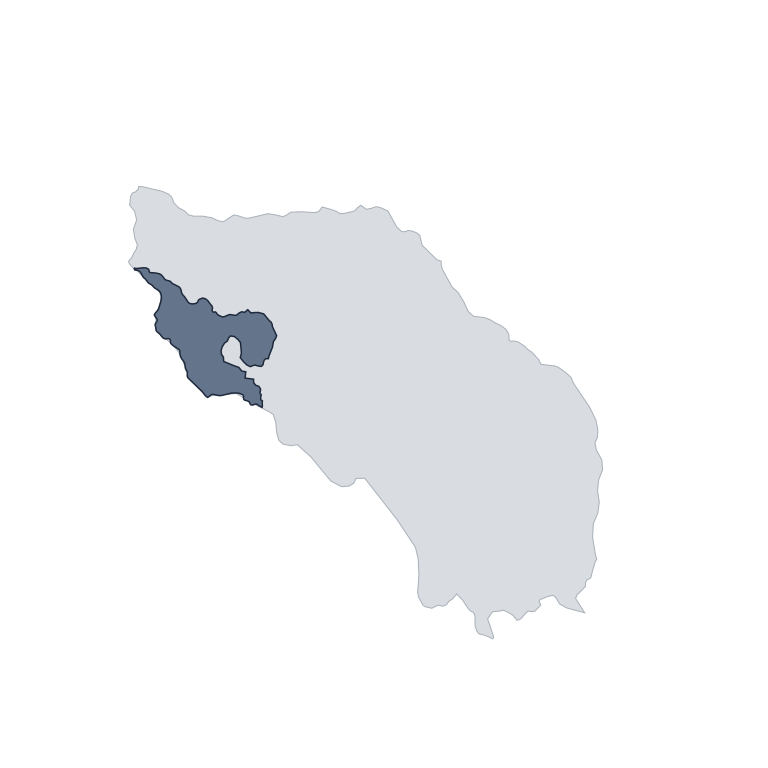 Hungary, with Borsod-Abaúj-Zemplén highlighted, rotated 235°
{"feature_id": "HUN-3168", "entity_name": "Borsod-Abaúj-Zemplén", "entity_type": "County", "adm_level": 1, "iso_a3": "HUN", "parent_name": "Hungary", "parent_adm1": "", "projection": "robinson", "projection_center": [21.025, 48.121], "detail": "fine", "context": "in_parent", "style": "filled", "palette": "slate", "viewbox_px": 768, "rotation_deg": 235, "n_neighbors": 0, "source": "natural_earth", "source_scale": "10m", "svg_char_len": 5510}
<svg xmlns="http://www.w3.org/2000/svg" viewBox="0 0 768 768"><g transform="rotate(235 384 384)"><path d="M620.2,245.3L628.6,244.4L629.0,244.5L631.0,245.1L632.4,250.2L632.7,250.6L634.7,254.0L636.6,258.5L639.6,261.9L646.2,263.4L654.7,267.6L660.3,275.5L668.7,278.8L669.3,278.9L670.9,278.5L676.9,278.3L678.1,279.9L682.9,283.8L684.8,287.2L683.9,290.8L684.8,294.9L686.6,296.4L684.4,299.1L669.0,312.9L663.0,316.5L658.9,317.3L652.6,315.8L646.0,316.9L640.1,319.9L634.7,320.8L630.7,324.3L625.4,331.8L619.0,338.2L612.4,342.1L609.0,345.7L608.7,357.8L605.0,361.4L600.1,364.9L597.5,368.0L590.1,386.6L584.4,392.5L579.1,397.1L578.2,401.2L578.3,406.0L572.2,415.5L564.2,425.4L562.7,429.5L564.5,434.9L556.8,441.2L552.3,444.2L548.7,445.7L546.4,449.6L542.6,459.2L543.6,463.5L543.7,467.5L537.2,469.8L535.3,474.1L533.6,479.5L530.9,482.0L523.6,486.4L505.4,484.5L498.5,486.0L496.4,489.2L496.0,491.8L493.7,494.2L489.6,497.2L485.3,498.6L475.8,494.8L455.4,498.6L451.9,501.3L449.1,499.4L444.7,497.6L424.3,495.4L416.2,497.2L405.5,496.5L395.5,494.6L388.1,496.2L381.4,503.7L378.2,506.3L375.6,507.9L369.9,510.3L365.2,513.1L358.9,515.2L353.4,514.9L348.1,511.6L346.2,512.4L344.5,515.4L341.6,517.9L333.7,521.1L331.6,521.1L331.2,521.1L325.1,523.4L315.1,524.7L310.1,523.8L300.8,534.3L298.0,536.2L289.3,539.4L282.2,541.0L276.1,539.7L273.7,539.6L246.7,539.1L232.6,536.8L223.6,532.7L217.7,528.1L214.9,523.1L207.9,520.0L196.9,518.9L188.4,513.9L182.4,504.9L174.2,497.8L163.8,492.6L155.7,485.2L149.7,475.6L138.9,467.0L123.1,459.4L118.3,457.7L117.4,455.2L109.8,445.8L106.6,442.2L107.0,437.5L105.5,434.9L102.7,433.0L101.3,426.2L100.6,421.1L98.4,417.9L81.4,417.2L95.9,405.1L103.1,401.7L111.3,402.3L114.0,401.2L114.7,399.5L116.2,395.5L117.0,391.8L117.8,388.3L117.0,386.3L113.0,385.7L111.3,377.1L113.4,373.8L115.5,371.5L113.2,361.0L114.1,357.4L120.5,356.9L125.9,354.6L130.2,352.1L131.5,348.8L135.2,342.2L132.1,334.1L113.8,328.8L112.9,326.8L117.2,324.5L121.9,321.2L124.6,318.6L128.1,318.3L133.1,319.6L141.9,325.5L145.3,326.3L148.6,324.6L152.2,324.2L162.0,324.4L170.3,323.1L168.6,316.8L168.7,312.3L167.4,308.6L168.3,304.6L171.8,301.5L172.9,294.5L178.2,289.8L180.6,289.1L189.7,290.0L191.8,291.2L193.2,291.5L207.5,303.0L221.1,311.7L232.3,316.1L248.8,316.5L266.3,316.9L295.8,315.3L317.8,314.2L319.3,312.0L322.7,306.9L320.1,302.4L320.3,297.2L324.1,290.4L335.0,284.8L366.1,282.3L384.1,278.1L386.8,272.4L392.8,266.7L398.2,265.6L405.6,268.2L414.5,273.2L422.4,275.8L427.0,274.1L442.8,265.7L461.0,257.5L473.6,235.3L474.9,231.7L488.5,229.2L508.2,229.6L518.4,232.5L526.0,234.1L537.4,233.6L553.8,228.8L559.9,228.9L564.7,232.3L569.8,235.2L573.3,238.8L576.0,243.8L577.4,245.7L579.7,248.3L583.9,251.8L587.9,252.8L618.4,246.6L620.2,245.3Z" fill="#d9dde1" stroke="#a8b0b8" stroke-width="1"/><path d="M502.4,227.0L503.7,227.6L506.4,229.6L507.6,229.9L510.4,230.2L515.2,232.6L518.4,232.9L520.6,232.7L523.2,233.1L525.7,234.0L527.5,235.5L529.7,235.9L536.5,233.2L539.5,232.6L541.1,233.2L542.2,234.0L543.2,234.4L544.5,233.8L545.5,232.5L546.0,231.3L546.8,230.3L548.5,229.4L550.0,229.2L553.0,229.1L557.6,227.9L558.9,228.2L561.8,229.7L563.4,230.2L564.2,230.8L564.8,231.8L565.6,233.9L566.2,234.7L567.6,235.3L570.9,235.2L572.4,235.5L573.1,236.8L574.3,241.4L575.0,242.6L580.0,249.0L582.1,251.0L584.5,252.5L587.2,253.3L589.9,253.1L594.5,251.1L598.3,250.6L601.0,249.3L602.3,248.9L606.9,248.7L608.5,248.2L610.1,248.1L615.4,248.6L617.1,248.2L618.6,247.1L620.3,245.3L622.4,245.7L622.5,245.6L620.7,247.3L617.4,253.2L615.6,255.7L613.1,257.0L612.3,256.9L610.6,256.1L609.6,256.2L609.1,256.7L606.1,260.4L603.6,262.8L602.3,263.7L600.6,264.3L595.0,264.6L593.7,265.4L592.1,266.8L590.4,268.0L589.0,268.0L587.9,268.2L581.2,271.8L579.5,272.0L577.8,271.8L574.3,270.4L572.8,270.3L569.5,270.7L563.9,270.5L562.2,270.7L560.9,271.5L559.6,272.9L558.6,274.5L558.0,276.0L557.8,277.9L558.3,279.0L559.0,279.8L559.3,281.4L558.4,284.8L556.1,286.7L553.1,287.5L550.1,287.5L550.8,287.5L546.5,287.8L545.2,287.5L544.2,286.8L543.4,285.8L542.5,285.2L541.0,285.3L540.4,285.8L540.1,286.6L539.8,287.2L538.9,287.5L536.7,287.5L536.1,287.5L532.2,289.7L531.3,290.6L530.7,292.0L530.1,294.9L529.9,295.8L529.4,297.4L528.7,298.3L525.8,301.2L525.0,302.7L525.0,303.5L525.2,304.6L525.2,306.6L524.9,308.4L524.4,309.3L522.6,311.0L523.0,314.3L523.0,315.0L518.2,315.8L518.1,316.6L516.0,320.2L515.4,320.8L514.9,321.9L510.4,325.7L503.9,326.2L501.5,326.4L499.9,327.0L497.0,326.6L495.0,325.5L485.2,323.8L483.4,321.2L482.2,317.8L478.1,313.7L472.5,305.2L471.8,304.8L471.0,303.8L471.9,302.7L472.5,301.7L472.2,299.5L471.0,297.8L469.3,296.2L468.7,293.9L469.8,292.3L473.8,288.8L474.9,284.4L478.2,282.6L482.7,281.7L488.1,281.4L491.0,284.8L495.7,287.6L500.4,290.2L504.0,289.9L508.5,288.8L511.4,285.9L511.0,283.4L509.0,280.3L509.0,276.9L507.2,272.7L504.7,269.6L501.4,267.9L498.2,267.9L494.4,265.6L490.4,268.2L485.2,271.5L480.9,274.6L476.2,274.9L473.3,277.8L468.5,273.6L462.8,279.9L459.8,278.0L456.6,278.2L454.0,280.1L450.9,280.1L449.5,279.1L448.3,277.5L447.1,277.1L445.6,277.3L444.0,275.5L441.8,274.0L439.9,274.7L438.2,273.3L435.7,271.8L434.8,270.7L438.3,268.9L440.0,268.4L440.7,267.9L441.4,266.9L441.9,264.9L442.2,264.1L443.3,263.0L444.1,262.8L445.0,263.1L446.6,263.3L448.1,262.7L450.7,260.6L451.7,260.3L453.5,261.0L454.5,261.9L455.6,262.3L457.6,261.4L460.2,259.3L462.4,256.4L464.3,253.2L467.7,244.4L468.8,242.6L470.1,241.2L472.8,238.8L473.0,238.6L474.2,237.1L474.2,236.7L474.3,236.3L474.3,235.9L474.2,235.5L474.1,233.6L474.1,232.7L474.2,231.8L476.7,231.0L482.2,230.7L500.9,227.0L502.4,227.0Z" fill="#64748b" stroke="#1e293b" stroke-width="1.5"/></g></svg>